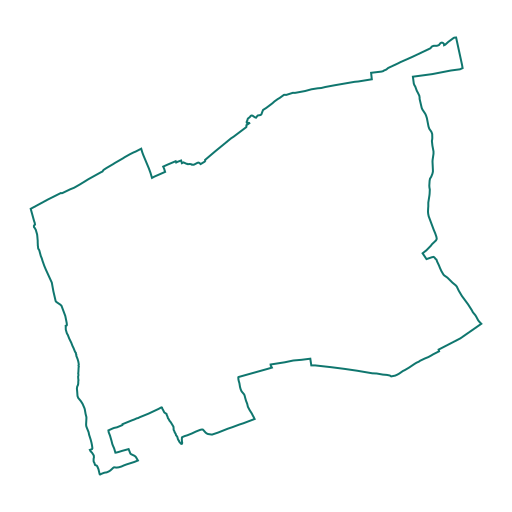 the district of Draguseni, Iasi, Romania
{"feature_id": "2599482B87373690339338", "entity_name": "Draguseni", "entity_type": "district", "adm_level": 2, "iso_a3": "ROU", "parent_name": "Romania", "parent_adm1": "Iasi", "projection": "orthographic", "projection_center": [27.486, 46.891], "detail": "fine", "context": "isolated", "style": "outline", "palette": "teal", "viewbox_px": 512, "rotation_deg": 0, "n_neighbors": 0, "source": "geoboundaries", "source_scale": "gbopen_adm2", "svg_char_len": 5949}
<svg xmlns="http://www.w3.org/2000/svg" viewBox="0 0 512 512"><path d="M391.2,376.4L395.2,375.6L397.4,374.6L399.2,373.6L402.9,371.0L404.8,370.1L408.9,367.7L414.7,363.8L416.7,362.6L418.8,361.7L420.0,360.8L424.8,358.5L428.3,357.1L431.4,355.4L433.0,354.4L439.1,351.3L438.6,349.6L460.3,338.4L481.3,323.8L479.1,321.5L478.1,320.2L476.3,316.8L475.4,315.3L472.9,312.3L471.8,310.2L468.1,304.4L461.9,296.0L458.7,290.6L456.8,286.6L455.8,285.4L452.4,282.6L448.1,278.3L447.1,277.4L444.2,275.4L443.4,274.5L441.4,271.1L439.9,267.8L439.0,265.5L437.1,261.5L436.4,259.5L435.6,259.0L434.8,257.9L434.2,257.3L433.5,256.9L431.7,257.3L426.5,259.1L422.6,253.3L426.5,250.2L430.8,245.8L432.0,244.2L436.0,240.4L436.6,239.2L436.7,238.6L436.4,236.8L435.2,233.3L433.8,230.0L428.7,216.3L428.2,213.9L428.0,211.8L428.1,209.0L428.3,206.3L428.3,202.6L429.4,195.6L429.6,193.8L429.8,189.6L429.4,187.3L429.3,185.5L429.6,180.8L430.0,178.7L431.2,176.8L432.4,173.8L432.9,171.7L432.9,169.9L432.5,161.6L432.6,159.9L433.5,153.8L433.5,151.4L432.4,145.6L431.9,141.0L432.2,139.2L432.3,138.0L432.2,134.1L431.6,132.3L431.1,131.4L429.3,128.8L428.5,126.5L426.9,118.2L426.0,115.4L425.2,113.7L422.4,109.5L421.7,107.9L419.6,98.9L419.6,97.5L419.3,95.7L417.9,92.8L416.8,90.8L415.2,86.4L414.5,85.4L413.8,83.6L412.9,76.7L432.3,74.1L450.9,70.5L460.0,69.3L462.6,68.1L462.0,64.7L456.1,37.5L454.6,37.6L453.7,37.9L448.4,41.8L445.2,44.7L444.1,45.2L444.0,44.2L443.8,43.7L443.0,43.0L442.3,42.7L441.3,42.7L440.4,43.2L439.0,45.0L438.1,45.4L436.8,45.8L433.8,45.8L432.6,46.2L431.8,46.6L430.4,48.3L412.5,56.8L400.5,62.1L398.0,63.4L389.6,67.3L388.0,68.1L386.4,69.5L383.8,70.6L383.2,71.1L382.2,71.4L381.3,71.6L371.1,72.8L371.8,79.3L358.2,81.5L354.7,81.8L334.4,85.3L325.3,87.0L321.3,88.0L317.7,88.3L311.4,89.3L305.2,91.0L295.5,92.8L294.5,92.9L292.9,92.8L286.3,94.9L284.6,94.8L283.9,94.9L279.6,98.0L277.7,99.1L274.5,101.4L272.4,103.3L266.0,108.1L263.1,109.9L262.5,111.3L261.4,114.3L260.6,115.0L257.8,115.5L257.2,116.1L256.0,117.7L254.7,117.2L252.6,115.7L251.7,115.5L250.8,115.8L249.7,117.2L248.0,118.5L247.7,119.0L247.4,120.2L246.7,121.8L246.7,122.6L247.0,123.0L247.3,123.1L248.6,122.8L249.1,122.9L249.3,123.2L246.4,125.2L246.4,126.6L246.3,127.1L233.6,136.7L231.1,138.3L215.0,151.5L205.1,159.9L205.2,160.9L204.6,161.7L200.6,164.1L199.6,163.1L198.6,162.6L197.5,162.8L194.1,164.6L193.0,164.8L192.6,164.6L191.8,164.7L190.9,164.1L190.3,164.1L189.3,164.0L188.0,164.2L187.5,164.1L187.1,163.8L186.5,163.8L185.9,163.5L183.5,162.4L181.9,163.2L181.7,162.7L181.6,162.1L181.1,160.5L177.6,161.8L176.2,162.5L175.7,161.2L167.6,164.6L163.2,166.6L164.1,168.6L165.1,171.9L154.4,176.6L152.0,177.9L150.5,172.9L148.9,168.5L143.3,155.1L142.3,152.4L141.2,148.7L135.6,151.6L133.6,152.4L130.0,154.2L124.5,157.3L123.2,158.2L114.5,163.2L113.5,163.9L106.5,168.0L103.6,169.9L103.0,170.6L102.6,171.4L102.1,171.7L101.2,172.1L88.4,179.2L79.8,184.5L75.6,186.9L74.0,187.8L70.2,189.3L62.3,193.1L61.5,193.2L60.9,193.0L48.1,199.4L30.7,208.8L34.1,221.1L34.7,222.8L35.0,224.6L34.2,225.3L33.9,226.0L34.0,227.1L34.8,228.1L35.8,229.9L37.1,234.4L37.3,236.1L37.7,240.8L37.7,242.5L37.8,244.3L37.8,245.4L38.0,246.5L38.1,248.0L38.3,248.8L38.8,249.4L39.3,250.4L40.8,256.0L41.8,258.4L42.5,260.8L44.3,265.9L45.9,269.7L51.8,282.6L53.4,291.4L55.6,300.9L55.9,301.5L56.7,302.2L60.4,304.7L61.5,305.8L65.3,316.0L66.7,323.0L66.9,325.0L66.5,325.6L65.7,325.8L65.8,329.7L66.9,333.4L67.8,334.9L69.2,338.5L71.3,342.8L72.4,345.7L73.6,348.2L75.0,351.7L75.9,353.0L75.9,353.9L76.3,354.6L76.3,355.8L77.5,358.8L78.3,361.5L78.8,364.5L78.5,365.3L78.5,365.8L78.8,366.3L78.8,366.8L78.6,367.4L78.4,371.9L78.2,373.6L78.4,374.1L78.4,375.6L78.1,376.6L78.3,379.4L78.5,380.1L78.3,380.8L78.2,384.0L78.0,384.4L78.0,384.9L77.2,386.6L76.9,388.6L77.2,391.7L77.5,396.0L78.2,397.9L80.9,401.2L82.6,403.9L84.5,408.3L84.8,409.4L85.6,414.0L86.4,417.1L86.4,418.6L86.1,424.3L86.2,425.9L86.6,427.2L88.6,432.2L89.1,434.7L90.7,439.7L91.5,442.8L92.0,445.3L92.4,448.2L92.0,449.1L89.9,449.9L90.6,451.3L92.0,452.7L93.3,454.7L93.8,455.6L93.9,457.0L93.9,457.6L93.6,458.8L93.6,460.1L93.6,461.2L93.8,461.9L94.4,462.9L95.0,464.9L96.8,465.7L97.3,466.4L98.5,469.3L99.6,474.0L99.8,474.4L100.1,474.5L101.5,473.8L103.8,472.9L104.9,472.6L106.6,472.4L108.7,471.5L110.3,470.5L112.4,468.6L113.1,467.9L114.1,467.3L116.5,467.6L118.8,467.3L121.5,466.5L123.9,465.4L126.6,464.4L134.2,462.0L137.9,460.5L136.0,457.2L135.4,456.5L134.3,455.7L131.1,454.2L130.4,453.6L128.6,449.1L122.0,450.9L118.5,452.0L115.7,452.7L115.4,452.7L115.3,452.3L114.1,448.3L112.9,445.6L112.3,444.0L111.5,440.8L110.0,435.6L108.7,432.3L108.4,430.4L112.6,428.5L114.2,427.9L117.0,427.3L122.3,425.1L122.5,424.9L122.5,424.2L132.0,420.3L134.5,419.4L136.6,418.4L137.4,418.2L138.3,418.0L139.5,417.3L148.4,413.7L158.6,408.9L161.3,407.4L161.6,407.4L162.0,407.6L162.4,408.9L163.1,410.0L164.1,412.1L164.5,412.6L166.5,413.9L166.9,415.4L167.5,416.5L167.9,418.1L168.8,419.3L169.4,420.6L170.8,422.3L173.4,426.6L173.5,427.0L173.6,428.5L173.6,429.6L173.8,430.2L174.5,431.5L174.7,432.4L175.6,433.7L176.1,435.4L176.8,436.1L177.3,436.9L177.9,439.1L178.3,439.8L178.5,440.3L178.9,440.6L179.0,441.2L179.4,441.9L180.9,443.6L181.3,443.9L182.0,443.7L182.2,442.9L182.0,441.8L181.8,439.7L181.9,438.6L181.9,437.6L182.1,437.2L184.6,436.1L187.3,435.3L191.8,433.5L195.8,431.6L199.8,430.0L201.2,429.6L202.2,429.5L202.7,429.5L203.4,430.1L205.5,432.5L206.5,433.3L207.6,433.9L208.5,434.1L212.0,434.6L218.0,432.6L227.8,428.7L232.3,427.2L239.5,424.5L243.3,423.3L254.6,419.0L253.5,416.7L253.0,415.9L251.8,413.5L249.7,410.2L247.9,406.8L247.2,403.8L246.0,400.7L245.2,397.9L244.7,395.9L244.2,394.5L241.6,391.4L241.1,390.3L240.6,389.1L240.0,386.9L239.4,383.2L238.7,380.8L238.4,379.2L238.3,377.4L238.4,377.1L238.6,377.0L267.9,368.8L271.9,367.6L271.8,367.4L270.8,365.8L270.6,364.5L284.7,362.3L293.3,360.5L301.6,359.8L310.3,358.7L311.3,365.4L315.1,365.4L331.3,367.2L344.6,368.9L357.0,370.7L372.3,373.3L376.7,373.5L382.9,374.6L386.8,374.9L389.8,375.5L391.2,376.4Z" fill="none" stroke="#0f766e" stroke-width="2"/></svg>